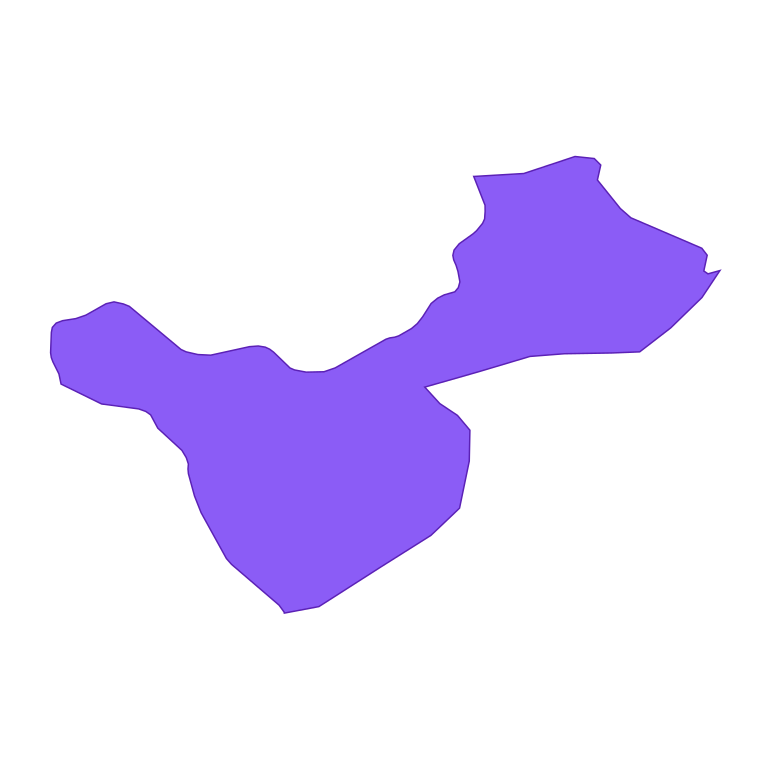 the Unitary Authority (wales) of Wrexham, rotated 181°
{"feature_id": "GBR-2127", "entity_name": "Wrexham", "entity_type": "Unitary Authority (wales)", "adm_level": 1, "iso_a3": "GBR", "parent_name": "United Kingdom", "parent_adm1": "", "projection": "robinson", "projection_center": [-3.021, 52.962], "detail": "fine", "context": "isolated", "style": "filled", "palette": "violet", "viewbox_px": 768, "rotation_deg": 181, "n_neighbors": 0, "source": "natural_earth", "source_scale": "10m", "svg_char_len": 1424}
<svg xmlns="http://www.w3.org/2000/svg" viewBox="0 0 768 768"><g transform="rotate(181 384 384)"><path d="M479.7,153.2L479.9,154.2L485.0,161.0L533.3,201.0L538.5,206.7L564.6,252.1L571.5,268.7L578.0,290.9L578.5,295.6L578.2,300.6L580.4,306.9L584.9,314.1L609.4,335.9L616.8,349.1L621.7,352.4L628.8,354.8L666.0,359.1L706.5,378.1L706.9,378.3L709.2,388.4L715.4,400.3L717.1,404.6L717.9,409.4L717.5,429.8L716.6,434.8L712.8,439.2L706.5,441.7L693.3,444.0L683.4,447.6L663.3,459.4L655.4,461.4L646.0,459.5L640.0,457.2L587.6,415.0L582.4,412.7L570.6,410.2L557.8,409.8L519.1,419.0L510.4,419.8L503.4,418.8L498.9,416.8L494.9,413.9L478.3,398.4L473.7,396.5L462.0,394.5L444.2,395.2L433.2,399.2L382.9,428.8L379.0,430.2L374.1,431.0L370.1,432.4L357.5,439.9L351.7,445.0L346.5,451.9L338.3,465.3L331.8,470.8L325.3,474.2L314.8,477.4L311.4,481.6L309.9,487.4L312.0,497.8L314.0,503.9L316.5,509.4L317.4,513.8L316.3,519.1L311.2,525.6L297.7,535.6L294.1,538.9L288.2,546.4L286.3,550.8L285.9,558.3L286.1,564.5L297.9,593.1L297.5,593.1L247.9,596.9L197.0,614.8L177.7,613.1L171.1,606.7L174.2,591.7L150.8,563.6L140.1,554.5L68.6,525.3L63.1,518.4L66.2,502.6L62.0,499.8L50.1,503.3L67.6,476.0L98.3,445.1L128.9,420.6L157.0,419.0L204.2,417.4L238.6,414.1L289.6,397.9L343.2,381.6L327.9,365.4L310.0,353.9L297.3,339.3L297.4,308.4L306.3,261.2L315.6,252.0L334.4,233.5L384.0,201.0L445.2,160.3L479.1,153.3L479.7,153.2Z" fill="#8b5cf6" stroke="#5b21b6" stroke-width="1.5"/></g></svg>